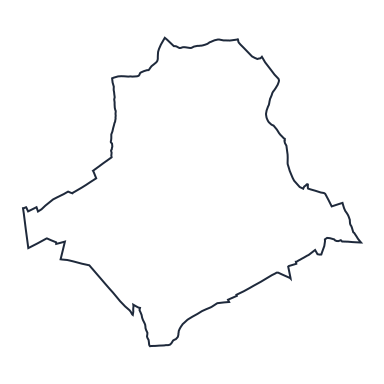 Calafindesti, Suceava, Romania (Albers equal-area conic projection)
{"feature_id": "2599482B65391270608519", "entity_name": "Calafindesti", "entity_type": "district", "adm_level": 2, "iso_a3": "ROU", "parent_name": "Romania", "parent_adm1": "Suceava", "projection": "albers", "projection_center": [26.102, 47.86], "detail": "fine", "context": "isolated", "style": "outline", "palette": "slate", "viewbox_px": 384, "rotation_deg": 0, "n_neighbors": 0, "source": "geoboundaries", "source_scale": "gbopen_adm2", "svg_char_len": 4935}
<svg xmlns="http://www.w3.org/2000/svg" viewBox="0 0 384 384"><path d="M361.0,242.5L359.8,241.1L357.9,238.7L357.3,237.7L356.7,236.7L355.3,234.6L354.2,232.9L353.3,232.3L353.1,231.7L351.8,227.4L351.3,226.1L350.6,225.1L350.1,223.8L349.9,221.9L349.8,219.8L348.6,216.4L347.8,214.7L346.6,212.8L345.3,211.0L344.1,208.3L343.2,205.4L342.5,202.9L339.0,204.0L331.7,206.4L328.5,200.0L325.2,193.8L323.9,193.0L320.8,192.5L315.5,190.8L310.6,189.4L308.1,188.6L307.9,188.2L307.8,186.3L307.9,185.0L307.9,184.5L307.1,184.2L306.4,184.7L305.8,185.5L305.3,185.8L304.3,186.5L303.7,187.5L303.2,188.7L299.7,187.0L294.1,180.7L292.6,177.8L291.3,174.7L289.7,170.8L289.0,168.4L287.7,164.2L287.6,163.1L287.7,157.7L287.6,154.7L286.4,145.7L285.9,144.8L285.5,144.1L285.0,143.2L284.9,142.9L284.5,141.1L284.5,140.6L284.8,140.5L284.8,139.4L284.8,138.8L283.8,138.3L282.1,136.5L280.3,134.7L278.9,132.9L278.2,131.7L276.8,129.5L273.5,125.5L272.8,125.3L271.4,124.6L268.8,122.2L267.9,120.8L266.9,118.6L266.5,117.4L266.1,115.0L266.0,113.9L266.6,110.5L268.0,106.6L268.8,105.0L269.2,103.3L269.5,101.5L270.1,98.8L270.7,97.5L271.7,95.1L272.3,93.1L273.1,91.6L274.1,90.4L275.6,88.2L277.7,84.7L278.8,81.7L279.0,80.4L278.5,78.8L274.5,74.6L270.8,69.7L265.1,62.3L261.9,56.8L261.1,57.7L260.1,58.4L259.0,58.5L257.3,59.0L256.5,58.6L254.8,57.9L252.0,56.4L249.8,54.1L243.7,47.8L240.3,44.4L238.7,42.5L238.3,41.5L238.1,40.1L238.0,39.7L237.8,39.3L236.8,39.6L231.8,40.3L230.1,40.5L229.0,40.5L225.3,40.4L223.5,40.4L220.0,39.7L219.1,39.5L218.0,39.5L214.5,40.3L211.9,41.4L210.8,41.9L209.6,42.3L208.1,43.4L207.3,43.9L204.8,44.8L204.0,45.0L203.1,45.3L201.1,45.7L200.0,45.7L199.0,45.9L197.3,45.9L195.3,46.3L193.9,46.6L191.8,47.7L190.9,48.0L189.5,47.9L185.6,47.3L184.6,47.2L183.0,47.2L181.9,47.5L180.9,47.9L179.9,48.0L179.4,48.0L178.2,47.4L176.4,46.4L174.9,46.1L174.3,46.1L173.8,46.1L169.5,42.0L167.2,39.8L164.8,37.8L160.9,44.6L159.0,48.9L158.5,50.5L158.1,51.9L157.9,54.7L157.8,57.0L157.8,58.8L157.6,59.9L157.2,61.1L156.3,62.3L153.9,64.3L151.5,66.2L150.0,68.2L149.1,69.6L148.5,70.1L146.9,70.2L144.0,71.1L141.0,72.4L140.1,73.1L139.3,75.0L138.6,75.8L137.1,76.3L134.2,76.5L132.4,76.6L130.3,76.4L128.4,76.6L124.3,76.3L121.3,76.2L118.1,76.4L113.9,77.6L112.1,78.3L112.6,82.5L113.8,86.7L113.7,88.4L113.7,90.1L114.1,92.3L114.3,94.4L114.7,97.2L114.2,99.4L114.3,100.1L114.6,102.3L114.6,104.6L114.8,107.9L115.3,110.0L115.7,110.9L115.7,111.8L115.5,113.9L115.7,115.5L115.6,116.6L115.5,117.6L115.6,118.7L115.3,120.1L115.1,121.7L114.5,123.0L114.0,125.1L113.2,128.0L112.4,131.5L111.3,134.4L111.3,138.2L111.1,140.3L110.8,141.4L110.9,142.4L112.0,143.5L112.2,145.1L112.3,146.7L111.9,148.1L111.8,149.2L111.5,149.8L111.1,150.3L111.2,151.4L111.4,152.0L111.6,152.6L111.5,154.0L111.3,155.4L111.5,156.5L111.6,157.3L103.6,163.0L93.0,170.8L93.3,171.2L94.0,172.8L96.2,178.3L90.3,182.1L86.1,184.9L81.6,187.7L74.4,191.9L72.9,192.7L72.5,193.3L70.9,192.8L68.1,191.6L65.8,192.9L64.1,193.9L57.0,197.4L53.1,199.4L45.4,205.6L41.5,209.3L38.0,211.5L36.5,207.2L33.5,208.7L28.1,211.4L26.2,207.3L26.1,207.2L25.9,207.3L24.5,207.9L24.1,208.1L23.6,208.1L23.0,208.2L23.8,213.5L25.8,229.4L27.3,240.6L28.3,248.1L37.5,243.4L46.5,238.5L46.9,238.4L51.2,240.3L56.1,242.3L56.2,243.9L60.2,242.9L64.9,241.6L63.0,249.5L60.6,259.3L62.0,259.5L67.3,260.0L70.0,260.6L73.7,261.5L81.9,263.7L89.3,265.3L101.2,279.1L105.3,283.9L109.4,288.6L112.9,292.5L116.9,297.3L120.1,301.2L123.1,304.3L125.1,306.4L129.5,310.2L130.7,311.7L132.2,314.4L132.8,314.9L133.3,311.6L133.2,309.3L133.3,307.8L133.5,306.3L133.3,304.7L135.9,306.2L138.5,307.6L140.0,307.9L139.8,308.7L139.5,310.1L140.8,313.0L141.6,315.0L142.1,317.6L142.9,319.9L144.3,322.7L145.1,324.5L145.4,326.3L145.5,328.1L146.1,330.0L146.9,331.7L147.4,332.8L147.3,334.5L147.0,336.4L147.4,337.8L148.6,340.0L148.9,342.1L149.1,344.3L149.4,345.4L150.0,346.2L151.3,346.0L155.5,345.9L159.3,345.6L162.4,345.5L164.4,345.4L166.0,345.1L168.3,345.1L169.9,344.7L171.3,343.4L172.0,342.3L173.1,340.5L174.5,339.7L175.8,339.2L176.9,338.0L177.6,337.2L177.9,336.7L178.2,335.4L178.4,334.7L178.4,333.6L178.7,332.1L178.7,331.5L178.8,330.9L179.8,328.6L181.1,326.4L181.9,325.3L182.7,324.1L184.5,322.5L187.2,320.0L187.3,319.9L188.3,319.2L192.4,316.7L197.5,313.9L202.0,311.1L206.0,309.3L210.6,307.4L211.9,306.7L217.3,303.2L224.1,302.4L229.1,302.0L228.0,299.7L236.8,295.9L236.4,294.8L243.7,291.3L249.7,288.0L253.7,285.7L260.8,281.8L268.3,277.3L271.8,275.2L275.4,273.4L276.5,272.7L277.5,272.7L278.0,272.6L278.7,272.9L281.7,274.3L290.0,278.0L290.6,278.6L290.5,277.9L288.2,266.6L288.9,266.0L296.3,263.8L296.2,263.1L295.9,261.8L296.4,261.8L298.7,260.4L300.1,259.7L301.8,258.7L303.5,257.8L305.4,256.7L307.1,255.7L308.6,255.0L315.1,250.0L316.7,252.8L317.5,254.2L319.6,254.6L321.3,254.5L322.0,252.4L324.3,246.0L325.0,241.3L324.9,239.4L327.1,237.9L330.0,238.2L334.2,239.4L335.1,240.4L336.6,241.0L338.4,241.1L340.8,240.2L342.1,241.5L348.2,241.7L349.3,241.8L352.7,242.1L354.5,242.2L360.1,242.5L361.0,242.5Z" fill="none" stroke="#1e293b" stroke-width="2"/></svg>